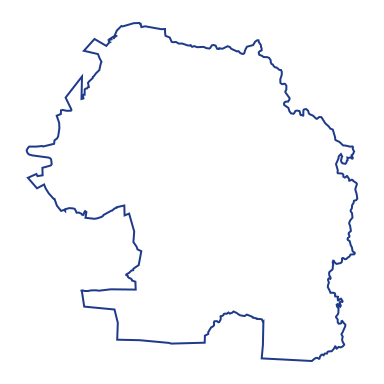 Cuerámaro, Guanajuato, Mexico (Robinson projection)
{"feature_id": "50627088B14851817270077", "entity_name": "Cuerámaro", "entity_type": "district", "adm_level": 2, "iso_a3": "MEX", "parent_name": "Mexico", "parent_adm1": "Guanajuato", "projection": "robinson", "projection_center": [-101.651, 20.615], "detail": "fine", "context": "isolated", "style": "outline", "palette": "blue", "viewbox_px": 384, "rotation_deg": 0, "n_neighbors": 0, "source": "geoboundaries", "source_scale": "gbopen_adm2", "svg_char_len": 5904}
<svg xmlns="http://www.w3.org/2000/svg" viewBox="0 0 384 384"><path d="M27.9,177.8L37.0,188.3L44.1,184.5L45.6,188.3L48.7,193.3L53.8,199.0L54.5,198.9L56.9,205.7L61.1,210.9L64.1,209.9L65.2,211.0L65.2,209.2L69.3,208.1L73.7,208.5L75.0,209.2L76.6,212.7L79.0,212.6L81.5,213.8L82.0,214.7L82.6,214.9L83.4,214.9L84.2,212.5L85.1,211.1L86.4,212.0L85.5,217.8L94.4,218.8L97.0,218.4L101.6,216.9L102.9,216.0L103.5,215.0L111.5,210.6L112.1,210.6L114.5,208.5L116.7,207.7L116.7,207.2L124.3,205.5L124.6,215.4L129.1,213.6L134.2,231.5L133.4,242.1L136.6,246.7L137.5,249.4L141.3,251.2L138.7,265.1L133.4,268.7L133.2,270.2L131.5,270.5L128.9,273.0L126.4,274.3L126.2,275.0L127.7,275.8L128.0,277.0L129.4,278.2L130.6,278.4L132.0,279.9L132.0,280.5L135.4,281.7L135.7,289.6L110.7,289.3L99.0,290.7L95.9,290.3L90.9,290.4L88.1,291.0L84.5,291.0L82.8,290.4L81.5,290.6L82.1,292.6L84.2,306.6L114.5,309.5L117.8,322.8L117.2,339.7L139.7,340.2L168.9,342.9L171.2,343.6L204.7,342.7L204.9,335.7L208.2,334.0L208.3,332.0L211.1,327.4L212.9,326.5L213.9,325.5L214.1,324.9L213.9,322.5L214.4,321.3L216.8,321.1L218.4,322.3L219.2,322.1L220.5,319.8L220.8,318.1L220.5,316.6L220.8,316.1L221.5,316.2L223.3,315.3L223.8,314.0L225.0,313.6L226.7,313.8L228.5,312.5L229.8,313.6L232.1,312.8L233.5,311.5L236.4,312.8L239.8,315.2L244.1,316.0L244.9,315.9L246.9,314.6L252.6,316.9L252.7,317.6L256.6,318.4L256.7,318.9L260.8,319.1L262.1,319.6L262.9,321.8L263.4,321.4L262.9,345.1L261.7,358.4L311.9,361.0L314.3,358.9L316.1,357.9L317.4,357.9L318.9,358.8L319.4,358.7L320.1,356.4L321.5,354.7L322.4,354.6L323.6,355.3L324.7,353.6L327.0,353.5L327.4,352.2L328.2,351.5L331.7,351.2L333.6,349.1L335.2,346.4L335.8,346.8L336.0,348.0L336.8,348.6L338.7,346.9L340.7,347.4L342.5,346.6L344.1,344.9L344.2,344.4L342.5,341.5L342.1,339.5L342.7,336.5L341.5,334.6L341.6,333.9L342.4,332.7L345.3,326.1L345.3,324.5L343.9,323.2L342.2,320.9L341.5,321.2L341.3,323.0L340.7,323.5L338.6,323.7L337.7,322.2L337.7,319.5L336.1,317.4L336.0,316.7L337.9,314.2L338.4,312.7L338.5,308.5L337.0,306.4L336.7,304.7L337.5,304.1L338.4,304.3L339.3,306.4L340.2,306.8L340.8,305.6L339.7,302.8L339.7,302.3L341.1,301.6L342.3,301.9L342.6,301.2L341.0,298.7L340.0,299.0L338.6,300.4L338.0,300.4L337.7,299.3L338.0,296.8L335.2,296.4L335.0,295.4L335.2,294.2L334.6,293.1L332.8,292.7L330.5,292.8L329.3,289.9L327.8,287.1L327.9,285.6L328.9,282.6L328.1,280.3L328.1,279.2L328.8,278.4L330.3,278.9L330.6,278.5L330.5,277.3L329.3,275.6L329.1,272.9L329.5,271.9L332.3,269.6L332.7,268.9L332.8,266.4L333.2,264.9L332.7,262.0L333.2,260.7L333.9,260.8L334.6,262.4L336.5,263.9L340.5,263.1L341.7,262.1L342.1,260.4L342.0,258.7L342.5,258.0L343.4,258.1L344.9,259.2L346.3,259.0L347.7,257.6L349.4,256.6L350.6,254.5L354.2,254.3L354.7,253.6L354.7,252.7L352.6,251.3L351.9,247.4L350.7,245.1L349.7,241.1L348.0,240.1L347.5,239.1L347.9,238.0L349.2,237.0L349.5,235.9L348.6,234.0L348.8,233.0L350.9,230.9L350.1,225.8L349.2,223.7L349.3,222.4L350.4,220.1L352.5,217.6L352.0,213.1L350.9,211.7L350.6,210.5L351.9,208.1L352.1,205.2L353.5,203.1L354.0,200.8L356.2,200.1L357.3,198.7L356.6,193.9L355.4,190.0L355.4,188.7L356.9,184.1L356.4,183.0L353.3,181.0L352.6,180.0L351.9,179.7L349.7,180.7L349.1,180.6L349.1,179.0L347.1,176.0L346.6,176.1L345.6,177.3L344.6,177.5L343.3,176.6L343.3,174.6L342.3,173.6L337.8,173.2L337.5,172.3L337.8,170.3L336.0,164.1L338.4,158.7L338.8,156.3L340.9,154.1L342.2,156.5L341.8,157.0L341.0,160.6L341.5,162.2L342.5,163.3L345.4,163.8L346.4,162.6L346.9,160.6L347.6,160.2L347.4,157.7L348.2,158.1L350.5,157.3L351.5,158.4L352.5,158.6L352.8,157.9L351.6,155.2L353.0,154.2L354.1,151.5L353.0,149.4L352.7,148.4L353.0,147.2L352.5,146.5L349.9,146.6L345.7,145.6L343.1,145.4L339.4,141.9L335.8,140.2L335.3,139.7L335.0,137.0L332.8,129.6L330.3,128.6L328.9,126.6L325.2,123.2L321.4,117.2L319.3,117.0L317.0,118.8L316.4,118.8L312.8,115.5L309.8,114.3L308.9,113.5L308.1,110.8L306.4,109.2L305.5,109.1L304.0,109.5L303.4,110.3L303.3,115.5L303.0,115.7L301.7,115.0L300.7,115.1L300.4,114.6L299.7,111.4L299.3,111.0L296.9,110.6L295.5,110.9L294.1,113.3L293.4,113.8L290.9,113.3L289.4,111.2L288.4,107.9L284.2,105.0L284.0,103.4L284.7,102.2L286.1,101.6L288.1,101.6L289.5,99.3L289.6,98.2L285.4,92.3L285.4,91.2L286.3,89.8L286.4,85.9L285.2,84.0L284.3,83.7L282.2,84.2L280.9,83.4L280.4,82.8L280.3,79.3L281.7,75.0L281.8,71.9L281.0,70.0L279.4,69.9L276.6,67.5L275.2,67.4L273.8,66.3L272.9,64.6L271.6,64.0L270.8,62.3L270.6,60.1L269.1,57.9L267.4,57.2L263.5,57.0L262.1,55.9L259.3,54.8L258.7,52.8L258.8,52.2L259.8,51.2L261.6,50.4L261.6,48.2L261.1,47.3L260.8,44.9L258.9,42.2L258.5,40.3L257.4,40.2L255.2,41.6L253.1,45.1L247.0,46.7L245.5,49.3L244.2,53.3L243.0,54.0L240.4,53.2L238.4,51.1L237.0,51.4L232.3,49.3L230.8,48.4L230.2,47.3L227.7,46.2L222.8,48.6L221.7,48.7L219.3,48.2L219.0,49.0L218.8,49.0L217.1,48.8L215.6,45.6L213.4,45.0L211.8,45.4L210.2,48.0L209.4,48.5L206.1,48.1L204.5,47.2L203.0,46.9L197.3,47.2L194.0,46.1L192.4,46.8L191.7,46.6L190.6,45.1L189.4,45.6L187.6,45.4L182.1,43.5L178.8,43.6L176.0,42.0L173.3,42.2L171.7,41.9L169.7,37.5L165.5,35.8L165.1,32.9L165.0,29.0L161.4,29.2L145.1,26.3L141.4,27.1L140.7,24.0L140.2,24.2L139.5,23.0L133.7,23.2L122.7,26.4L121.4,26.0L116.8,30.6L114.9,35.0L116.3,36.0L115.3,36.8L114.2,36.6L113.8,39.0L113.8,36.4L110.0,38.8L111.0,39.5L108.6,40.1L109.1,41.8L109.9,42.2L108.9,42.8L106.3,45.9L94.5,39.0L83.9,50.8L98.0,54.1L99.6,58.3L101.5,61.9L100.9,63.0L99.3,70.1L96.0,73.3L93.6,76.5L92.8,77.0L92.7,78.1L89.1,81.4L88.0,82.9L88.8,87.1L87.7,87.3L87.2,88.3L85.4,88.8L84.7,89.5L84.6,94.7L83.7,94.6L83.0,95.2L83.4,98.5L81.5,99.0L82.0,76.5L65.6,97.6L71.3,109.3L71.4,110.2L70.9,110.7L66.7,110.8L62.8,110.0L61.0,110.3L60.8,114.1L56.7,115.7L59.1,122.7L59.4,128.1L58.2,136.2L57.2,138.3L54.5,140.4L54.1,143.8L43.1,146.5L42.4,146.0L36.3,146.6L29.2,146.6L28.0,147.9L26.7,150.1L26.9,151.7L28.1,153.8L29.6,154.7L32.3,155.4L48.7,157.6L50.1,158.2L51.1,159.4L51.7,164.1L51.1,165.1L50.1,165.7L42.4,167.8L42.6,175.3L37.5,176.1L36.4,174.0L27.9,177.8Z" fill="none" stroke="#1e3a8a" stroke-width="2"/></svg>